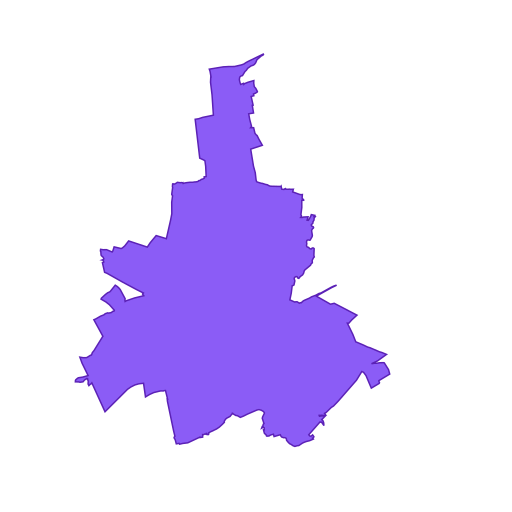 outline of Dangeni, Botosani, Romania, rotated 101°
{"feature_id": "2599482B5486255485397", "entity_name": "Dangeni", "entity_type": "district", "adm_level": 2, "iso_a3": "ROU", "parent_name": "Romania", "parent_adm1": "Botosani", "projection": "mercator", "projection_center": [26.905, 47.853], "detail": "fine", "context": "isolated", "style": "filled", "palette": "violet", "viewbox_px": 512, "rotation_deg": 101, "n_neighbors": 0, "source": "geoboundaries", "source_scale": "gbopen_adm2", "svg_char_len": 6115}
<svg xmlns="http://www.w3.org/2000/svg" viewBox="0 0 512 512"><g transform="rotate(101 256 256)"><path d="M329.7,394.7L331.8,390.6L336.3,384.7L337.0,384.8L337.3,385.0L337.7,386.1L339.1,387.2L340.2,389.8L340.1,390.7L341.4,393.0L342.8,394.1L344.7,397.1L348.5,401.5L349.5,403.0L364.0,391.0L379.8,397.0L382.0,398.2L384.6,398.6L384.9,399.4L387.8,402.5L388.2,403.3L388.8,406.4L388.9,409.6L394.4,406.3L405.4,398.0L407.9,402.9L409.4,407.1L410.1,407.9L411.9,409.3L412.5,409.5L414.0,409.3L413.4,405.9L413.5,405.1L413.3,404.0L412.5,401.8L410.5,400.7L408.4,398.6L408.7,397.8L409.6,397.8L410.1,397.1L410.9,396.8L413.7,396.4L415.1,395.3L413.6,394.3L412.8,393.3L411.9,392.9L437.7,374.5L411.4,356.7L408.5,353.9L405.7,350.3L403.8,346.6L402.4,342.1L415.4,337.6L412.2,334.0L409.5,330.2L406.8,324.3L406.4,322.8L406.2,321.3L405.7,320.5L405.3,319.2L413.3,315.5L413.3,315.9L415.8,315.1L443.2,303.6L448.0,301.4L448.4,301.2L449.6,301.8L450.3,301.6L451.7,300.3L455.6,298.4L454.6,295.7L455.3,295.1L454.0,292.2L452.4,287.3L444.5,276.5L444.9,276.3L444.0,273.8L441.5,274.3L441.5,273.6L440.6,272.5L440.5,271.3L439.6,271.0L439.6,270.4L440.6,270.0L440.4,268.7L439.8,268.4L438.4,268.6L433.3,261.7L431.0,259.4L427.8,257.0L425.4,255.4L425.2,255.6L423.9,255.5L421.9,254.7L420.6,253.6L418.4,250.8L417.4,250.4L415.7,249.3L414.9,249.3L414.8,248.9L415.4,248.2L416.4,245.4L416.3,243.8L417.4,240.6L415.6,237.8L412.9,234.3L407.1,225.8L406.4,224.4L406.2,223.4L406.4,221.3L407.2,219.1L408.2,217.9L408.8,217.8L412.6,218.8L414.1,218.9L419.0,216.2L419.8,216.8L421.5,216.8L422.0,217.3L423.9,217.6L422.6,216.1L423.0,215.2L425.0,214.7L425.2,215.5L427.7,214.3L428.6,213.8L429.4,212.2L430.7,211.3L430.7,210.7L430.2,208.9L428.9,207.5L427.6,204.9L429.8,203.8L426.8,198.0L427.8,197.4L428.8,196.3L429.1,194.2L428.8,193.0L429.1,191.8L429.5,191.4L431.1,190.8L433.0,188.5L434.0,186.8L434.1,186.0L435.2,183.4L435.5,181.5L434.4,179.4L433.9,177.8L430.9,174.8L429.7,173.2L428.5,171.2L427.0,168.0L424.8,164.8L424.0,165.8L423.3,164.9L422.3,164.7L420.8,166.3L422.2,167.4L422.5,168.3L422.3,169.0L421.4,170.1L406.7,161.5L406.8,160.8L406.6,160.0L409.5,156.9L407.9,157.5L407.1,157.6L405.2,158.6L404.0,160.2L399.7,157.4L400.1,158.9L400.4,161.0L401.2,163.1L400.4,163.6L400.1,162.6L400.3,162.0L399.7,161.0L399.8,159.9L399.5,159.0L399.7,158.5L399.3,157.5L398.7,157.3L397.4,158.7L396.2,157.3L390.3,153.2L388.5,151.3L382.6,147.5L358.8,133.7L349.2,130.1L349.7,128.2L352.4,125.2L363.7,117.6L357.6,110.8L356.8,110.6L355.3,111.6L354.9,111.6L346.4,102.2L342.3,104.2L336.4,109.7L336.4,110.7L337.2,114.2L338.3,117.2L338.6,119.0L339.7,122.1L335.8,116.7L327.7,109.1L326.7,114.0L326.5,116.4L324.3,126.6L324.1,129.0L322.9,133.6L321.2,141.7L314.6,145.9L304.5,153.5L304.2,152.0L300.6,149.9L294.8,145.6L287.5,170.2L289.1,173.7L283.9,189.1L272.6,175.7L269.7,171.8L269.2,171.4L270.7,174.0L272.4,176.3L279.9,185.2L280.8,187.1L283.0,189.7L285.5,193.7L287.2,195.6L290.0,199.7L291.0,201.0L293.4,202.8L293.4,203.7L294.1,204.4L293.1,206.8L293.3,208.0L293.8,209.2L292.6,214.4L285.8,214.3L278.3,214.8L277.7,213.7L277.2,213.2L273.2,213.1L272.3,213.4L271.1,214.2L269.7,214.1L268.6,212.9L268.4,211.9L269.8,210.5L269.8,209.7L267.7,208.6L265.7,206.7L263.9,206.0L261.4,205.8L260.4,205.4L254.6,200.7L253.2,200.4L251.9,199.4L249.5,200.0L246.7,199.2L245.8,198.6L244.4,199.3L237.7,200.3L237.2,201.1L237.3,202.0L237.6,202.5L238.5,203.1L238.6,204.0L238.5,204.6L237.5,206.1L237.4,207.3L237.2,207.8L236.2,208.4L234.1,208.5L232.7,209.1L231.0,209.0L230.5,208.4L230.2,207.5L230.3,206.6L230.1,205.9L226.3,204.6L225.0,204.6L220.4,206.3L218.6,205.8L217.7,205.0L217.1,204.9L216.4,205.4L215.9,207.2L214.9,207.7L212.8,206.4L211.6,206.6L209.6,205.9L207.8,206.2L206.1,205.4L206.2,206.6L204.9,206.0L204.8,209.6L206.8,209.9L211.0,211.4L211.1,212.7L207.6,212.4L208.7,216.8L209.4,218.1L209.6,219.5L208.4,218.9L207.6,219.2L206.9,219.8L199.6,220.3L192.6,221.7L192.3,220.1L192.1,219.8L191.7,220.0L190.7,221.5L190.2,221.8L186.8,222.2L187.2,223.5L187.2,225.1L186.1,232.2L183.5,232.1L183.7,232.4L183.5,232.9L184.0,235.2L183.9,235.6L184.2,236.5L184.6,238.4L184.7,239.6L184.2,239.9L184.9,241.0L185.2,241.0L185.4,241.6L185.5,243.5L182.6,244.7L183.0,244.9L183.2,246.0L184.7,254.9L184.6,256.4L183.9,258.5L183.9,260.4L183.5,263.6L183.6,264.8L183.2,268.5L182.9,269.6L181.1,270.5L174.4,272.6L168.3,275.6L152.1,281.6L146.1,270.9L140.6,275.6L137.5,277.9L137.4,278.1L137.5,278.3L135.8,280.4L130.5,282.8L131.1,285.8L129.6,285.1L123.2,288.2L117.8,290.3L116.1,285.7L108.8,288.4L108.5,287.6L100.3,291.2L99.1,288.7L97.4,289.4L96.3,287.6L94.7,286.0L94.3,286.0L91.6,288.1L90.1,290.0L86.8,291.2L84.2,291.6L86.9,296.9L89.1,300.3L89.8,300.7L88.9,301.2L90.5,303.8L88.6,304.9L86.1,306.0L83.8,306.1L83.0,305.8L82.1,305.0L81.5,303.7L77.0,302.0L75.5,300.9L73.4,300.0L70.5,297.3L69.2,295.1L68.2,294.1L66.4,293.2L63.1,292.5L58.5,288.9L57.6,287.6L56.8,287.1L56.4,287.4L66.3,300.6L68.0,302.7L69.9,304.6L71.2,306.8L74.1,313.3L75.2,318.8L76.6,324.3L81.5,337.5L83.6,336.3L88.6,334.4L88.6,334.6L94.1,333.8L106.2,329.9L125.9,324.7L130.1,334.8L132.2,338.5L133.4,341.8L170.7,329.9L171.7,325.7L172.3,324.3L177.6,322.5L187.5,320.1L188.2,322.0L189.5,321.6L190.9,323.4L191.1,324.2L192.5,325.3L192.9,326.5L193.7,327.0L194.3,328.0L194.9,329.7L195.0,330.3L195.7,332.2L196.2,334.8L197.2,338.0L198.0,340.1L198.7,341.3L198.0,341.7L198.2,341.9L198.1,343.0L198.5,344.3L198.7,347.3L199.6,348.0L200.9,349.7L201.1,350.5L200.9,351.0L201.0,351.5L201.3,351.6L203.8,351.3L204.6,350.9L211.4,350.5L211.8,350.4L212.8,349.4L219.3,349.0L230.6,346.7L237.5,346.7L256.1,347.3L255.0,357.9L263.2,362.4L268.0,364.4L265.5,383.9L271.2,386.8L273.6,388.7L274.4,389.8L274.1,397.0L278.4,397.5L279.5,398.0L278.3,403.9L279.0,407.2L279.1,409.8L280.8,409.7L281.2,409.2L284.6,408.3L285.2,407.8L286.4,405.8L287.8,404.8L288.5,405.0L289.3,406.3L289.3,405.7L289.9,404.7L291.1,404.3L291.8,405.5L300.9,401.5L301.4,399.0L307.2,381.6L311.7,367.0L313.8,359.5L315.0,360.1L316.4,358.6L320.3,367.1L324.7,374.8L325.6,375.8L324.3,376.3L322.9,376.3L314.8,382.9L313.3,384.8L312.3,386.6L311.5,388.6L318.2,392.1L319.2,392.8L320.3,394.5L322.4,396.4L326.9,399.7L327.9,399.9L329.7,394.7Z" fill="#8b5cf6" stroke="#5b21b6" stroke-width="1.5"/></g></svg>